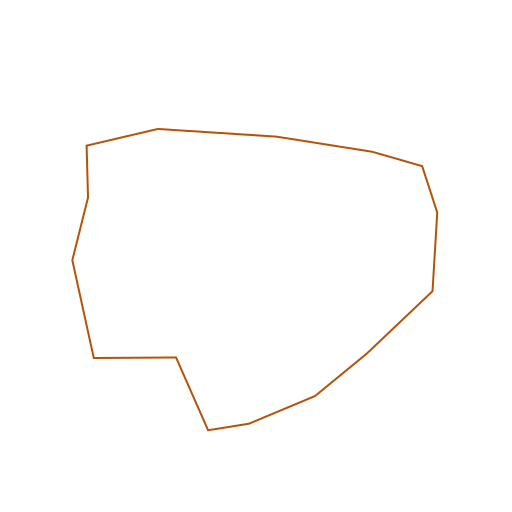 Sinaoros, Nicosia, Cyprus, rotated 162°
{"feature_id": "46923920B84244452261126", "entity_name": "Sinaoros", "entity_type": "district", "adm_level": 2, "iso_a3": "CYP", "parent_name": "Cyprus", "parent_adm1": "Nicosia", "projection": "natural_earth1", "projection_center": [32.911, 35.009], "detail": "fine", "context": "isolated", "style": "outline", "palette": "amber", "viewbox_px": 512, "rotation_deg": 162, "n_neighbors": 0, "source": "geoboundaries", "source_scale": "gbopen_adm2", "svg_char_len": 353}
<svg xmlns="http://www.w3.org/2000/svg" viewBox="0 0 512 512"><g transform="rotate(162 256 256)"><path d="M314.6,98.7L243.1,104.6L180.7,129.0L99.0,168.0L70.2,241.3L70.2,290.1L113.4,319.3L199.9,363.3L310.3,407.2L383.0,413.3L397.7,363.5L432.0,308.7L441.8,209.1L363.4,184.2L355.4,105.1L314.6,98.7Z" fill="none" stroke="#b45309" stroke-width="2"/></g></svg>